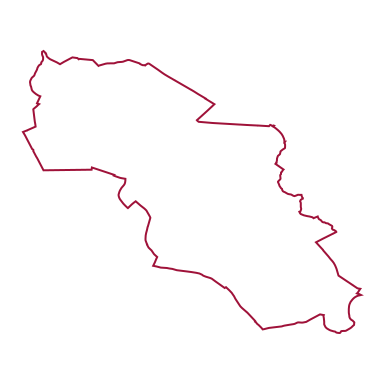 Bunnik, Utrecht, Netherlands
{"feature_id": "6326949B29533693769224", "entity_name": "Bunnik", "entity_type": "district", "adm_level": 2, "iso_a3": "NLD", "parent_name": "Netherlands", "parent_adm1": "Utrecht", "projection": "natural_earth1", "projection_center": [5.219, 52.039], "detail": "fine", "context": "isolated", "style": "outline", "palette": "rose", "viewbox_px": 384, "rotation_deg": 0, "n_neighbors": 0, "source": "geoboundaries", "source_scale": "gbopen_adm2", "svg_char_len": 5840}
<svg xmlns="http://www.w3.org/2000/svg" viewBox="0 0 384 384"><path d="M262.7,329.4L264.3,329.1L266.6,328.5L269.1,327.9L281.8,326.4L283.3,325.9L284.5,325.6L289.8,324.7L293.6,324.1L294.8,323.8L297.3,322.6L297.7,322.5L298.6,322.4L301.6,322.6L302.4,322.6L303.2,322.5L306.2,321.9L310.2,319.6L320.0,314.4L323.8,315.1L323.6,315.6L323.5,316.3L323.8,317.8L324.2,321.7L324.2,324.3L324.6,325.3L325.6,327.2L326.3,327.9L327.0,328.5L329.0,329.7L330.4,330.4L333.5,331.3L335.1,331.6L335.4,331.8L336.1,332.4L336.9,332.7L338.2,332.9L339.8,333.0L340.5,332.4L341.0,331.4L341.3,331.2L342.0,331.0L345.2,330.9L345.7,330.8L346.2,330.6L350.0,328.4L350.7,327.9L351.4,327.4L352.7,326.1L353.5,325.4L354.0,325.0L354.1,324.6L354.2,323.2L354.3,322.4L354.1,322.1L352.8,320.8L352.5,320.5L351.4,319.9L350.5,319.0L349.9,318.2L349.4,316.9L349.3,315.5L348.9,313.4L348.8,312.2L348.8,309.0L349.0,306.8L349.2,305.4L349.6,304.1L350.1,303.0L350.6,301.9L352.3,299.7L353.2,298.7L354.3,297.7L355.3,297.0L356.8,296.2L358.0,295.7L361.0,295.0L359.2,294.1L357.0,293.4L357.7,292.7L360.3,288.8L358.3,288.5L357.3,288.2L338.5,275.6L336.8,269.8L336.5,268.8L335.7,266.8L335.0,265.2L333.7,262.9L332.5,261.3L330.2,258.7L328.5,256.5L323.2,250.4L323.0,250.0L323.0,249.9L316.0,242.3L322.9,238.7L336.3,232.0L336.3,231.9L336.2,231.6L335.4,230.8L335.2,230.8L334.3,230.2L333.7,229.9L332.7,229.6L332.3,229.1L332.0,228.7L331.9,228.3L331.9,228.1L332.2,227.6L332.3,227.0L332.3,226.5L332.1,226.0L331.2,225.4L329.2,224.3L327.9,223.4L326.1,223.2L325.5,222.9L324.5,222.3L324.2,222.3L323.8,222.4L322.6,222.1L321.9,221.5L321.1,220.5L320.6,220.0L319.2,219.3L319.0,219.1L318.6,218.6L317.8,216.9L317.7,216.5L313.5,218.2L313.1,217.7L312.2,217.2L309.5,216.5L307.1,216.1L303.8,215.3L300.7,214.0L300.3,213.5L299.9,213.0L299.4,211.8L300.3,211.6L300.4,211.2L301.0,209.8L301.2,208.9L300.8,207.0L300.8,203.0L300.5,202.0L300.4,201.8L300.1,201.5L300.1,201.2L300.3,200.7L300.8,199.8L301.9,199.1L302.1,198.8L303.6,198.4L303.1,198.3L302.6,197.8L302.1,197.1L302.0,196.9L301.8,196.3L301.5,194.9L301.4,194.9L297.9,194.8L295.5,195.8L294.4,196.1L293.4,195.8L293.0,195.6L291.3,194.6L290.5,194.4L289.1,194.2L287.9,193.9L286.4,193.1L285.3,192.4L284.6,192.1L283.7,191.7L282.9,191.2L282.4,190.4L282.3,190.2L282.0,188.9L281.3,188.4L281.0,188.1L279.4,185.7L279.2,184.8L278.6,183.4L278.0,182.1L278.0,181.7L278.2,181.4L280.3,179.2L280.5,178.6L280.5,178.3L280.2,175.6L280.3,175.0L280.4,174.8L281.0,174.1L281.0,172.8L281.1,172.4L281.7,172.0L282.3,171.1L282.9,170.1L283.5,169.5L275.5,163.9L276.3,163.1L276.1,163.0L276.1,162.8L276.3,162.7L276.9,160.7L277.0,158.6L277.6,156.7L278.0,155.8L278.5,155.4L279.4,154.7L280.0,154.0L280.1,153.4L280.4,152.4L280.4,151.8L280.5,151.5L280.8,151.1L282.9,149.4L284.7,148.3L284.9,148.1L285.0,147.8L285.1,146.5L285.1,144.7L285.0,144.2L284.8,143.7L284.6,143.4L284.3,143.0L284.4,142.9L285.2,141.6L284.4,141.6L284.3,140.2L284.3,139.8L284.0,138.7L282.7,135.8L281.5,133.9L279.5,131.6L278.0,130.2L275.5,128.1L274.5,127.4L272.8,126.4L273.2,126.0L273.9,125.6L273.7,125.5L273.0,126.0L270.2,124.9L269.0,126.2L259.3,125.6L257.8,125.5L257.7,125.6L257.2,125.5L247.1,125.0L240.5,124.6L240.1,124.6L212.7,123.0L198.7,121.8L197.6,121.0L196.9,120.2L207.1,111.0L214.4,104.2L205.4,98.7L205.6,98.5L198.0,94.0L193.9,91.4L191.7,90.1L191.3,89.8L191.1,89.8L188.2,88.1L179.2,82.9L168.1,76.5L164.6,74.4L162.1,72.7L158.1,69.8L149.6,64.0L148.9,63.6L148.3,63.5L148.0,63.5L146.4,64.4L145.1,65.5L144.4,65.1L143.6,65.2L142.9,65.2L142.2,65.0L140.7,64.3L139.8,63.8L139.7,63.5L139.3,63.3L129.6,60.1L128.3,60.0L127.4,60.1L123.0,61.7L121.6,61.9L117.6,62.2L114.2,63.3L107.5,63.4L105.6,63.7L99.3,65.5L98.8,65.7L98.5,65.9L92.8,60.1L79.6,58.9L78.7,59.3L77.5,58.1L72.4,57.4L69.0,59.2L63.9,61.9L60.0,64.2L56.9,62.4L50.3,59.3L49.5,58.8L48.0,57.6L47.3,57.0L46.9,56.4L46.6,55.8L46.2,54.1L45.8,53.3L45.5,53.4L45.0,52.4L43.5,51.0L42.1,51.9L42.1,52.4L42.0,53.6L42.1,54.6L42.4,55.5L43.1,57.2L43.1,57.6L43.1,58.5L43.1,59.2L43.0,59.6L42.8,60.4L42.5,60.9L41.5,62.1L41.2,62.8L41.2,63.5L41.0,64.0L40.9,64.2L40.5,64.4L39.6,64.9L39.2,65.2L38.7,65.8L38.1,66.7L37.5,67.8L37.1,69.2L36.8,70.0L35.0,73.4L34.4,75.2L34.0,75.8L33.7,76.1L32.1,77.5L31.6,78.1L30.3,80.7L30.2,81.3L30.0,82.0L30.1,82.7L30.3,84.1L30.5,85.5L30.6,85.8L30.8,86.0L31.0,86.4L31.8,89.8L32.3,90.7L32.8,91.3L33.7,92.2L35.9,94.0L38.5,95.6L40.3,96.3L37.0,103.3L39.1,104.1L37.4,105.5L37.3,105.8L33.6,108.9L33.4,109.2L33.3,109.3L34.8,121.6L35.3,124.2L35.6,126.6L27.0,130.4L26.9,130.6L26.5,130.6L23.0,132.0L25.0,135.3L31.3,147.4L32.2,149.1L32.8,149.4L33.3,149.8L33.4,150.4L33.3,151.1L36.2,156.6L37.2,158.2L43.5,170.3L91.6,169.7L91.9,167.5L98.9,169.8L114.3,174.9L113.8,175.6L115.0,176.1L119.9,177.8L121.7,178.2L125.4,178.8L125.4,180.1L125.2,181.9L125.0,182.9L124.7,183.7L124.5,184.2L123.9,185.1L121.5,187.9L120.0,190.4L119.4,191.8L118.6,194.5L118.6,195.6L118.9,196.8L119.5,198.4L120.1,199.4L121.0,200.6L123.3,203.6L125.4,205.8L127.6,207.9L127.9,208.1L130.1,206.0L131.9,204.3L133.8,202.7L135.7,201.3L140.5,205.5L144.2,208.4L145.3,209.4L146.4,210.5L149.5,215.9L150.2,217.3L150.3,217.5L150.3,218.0L147.9,226.4L147.7,226.9L147.6,227.0L147.0,229.9L146.4,232.1L146.2,232.8L145.7,235.4L145.5,238.8L145.5,239.4L145.6,240.6L145.9,241.3L146.7,243.5L147.2,244.4L147.0,244.7L148.0,246.5L148.5,247.5L149.6,248.6L151.5,250.4L152.6,252.0L153.8,253.8L154.3,254.4L155.2,255.2L157.2,257.0L156.2,259.1L154.9,262.3L153.2,265.8L156.6,266.5L160.8,267.6L165.4,267.9L166.9,268.0L169.4,268.5L172.3,268.9L176.8,270.2L186.5,271.4L191.1,272.0L196.2,272.8L199.4,273.5L202.0,274.7L203.0,275.5L204.3,276.1L205.9,276.7L210.2,278.0L211.8,278.7L215.3,281.3L224.7,288.0L226.0,287.2L229.1,290.1L231.7,292.8L232.5,294.0L234.1,296.3L234.9,297.9L235.5,299.0L240.1,306.0L240.6,306.6L242.0,308.0L247.6,312.9L255.1,320.9L255.4,321.3L255.1,321.7L255.7,322.1L257.5,324.2L258.4,324.8L261.4,327.8L262.7,329.4Z" fill="none" stroke="#9f1239" stroke-width="2"/></svg>